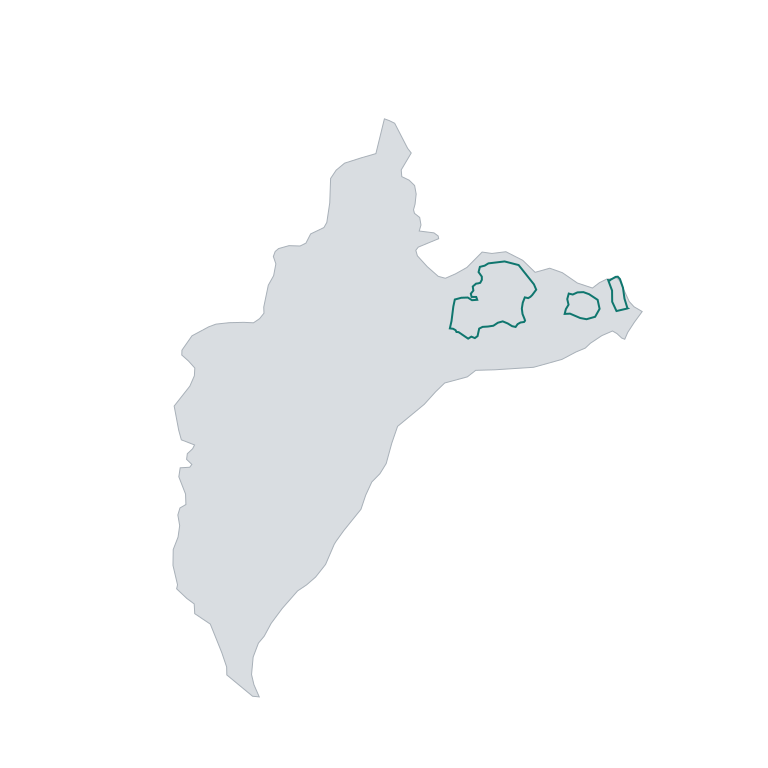 Comrat highlighted on a map of Moldova, rotated 249°
{"feature_id": "MDA-1626", "entity_name": "Comrat", "entity_type": "Autonomous Territory", "adm_level": 1, "iso_a3": "MDA", "parent_name": "Moldova", "parent_adm1": "", "projection": "robinson", "projection_center": [28.549, 46.002], "detail": "fine", "context": "in_parent", "style": "outline", "palette": "teal", "viewbox_px": 768, "rotation_deg": 249, "n_neighbors": 0, "source": "natural_earth", "source_scale": "10m", "svg_char_len": 3110}
<svg xmlns="http://www.w3.org/2000/svg" viewBox="0 0 768 768"><g transform="rotate(249 384 384)"><path d="M136.6,155.4L139.6,149.4L168.7,133.0L176.2,135.7L191.3,136.3L222.1,135.8L237.4,125.0L246.7,128.0L254.4,123.1L267.1,117.0L269.0,118.3L270.6,119.3L290.3,122.0L305.0,127.9L314.9,136.9L325.0,142.5L335.6,144.6L341.4,149.1L342.5,155.9L352.4,159.3L370.9,159.2L378.8,163.7L375.9,172.8L377.8,175.8L384.4,172.7L389.4,175.4L392.1,182.1L395.0,185.3L404.5,174.8L414.5,175.8L438.6,180.2L451.6,202.0L459.6,209.9L466.7,213.1L475.6,209.7L483.5,205.6L488.0,207.5L497.8,222.0L500.2,241.0L500.1,248.6L496.7,261.5L491.8,275.2L487.9,284.1L489.6,291.3L493.1,297.3L498.9,299.3L517.7,311.4L524.7,319.8L534.9,326.1L542.7,326.4L546.7,329.9L548.2,334.1L547.2,344.9L542.9,355.1L543.5,361.6L550.4,369.3L551.1,378.2L551.6,384.0L555.3,388.5L572.6,398.3L595.0,407.8L600.8,416.0L604.3,426.4L603.3,443.8L602.0,459.0L631.4,479.4L628.1,483.2L623.6,487.4L595.6,490.5L589.9,492.2L577.7,476.8L571.2,474.9L565.3,480.5L558.3,483.7L549.8,482.1L540.7,477.4L536.1,474.0L532.4,473.6L526.7,477.0L519.2,475.5L514.2,471.7L507.2,484.8L502.8,487.6L500.1,487.1L499.5,465.0L497.4,461.6L491.7,461.1L478.1,466.4L465.1,473.2L460.7,479.2L461.2,490.2L463.1,503.2L472.0,522.9L467.2,531.5L463.8,545.2L449.8,557.8L434.1,565.1L432.7,580.2L424.0,590.4L409.0,600.7L398.9,613.0L401.4,621.5L402.1,629.5L400.3,634.9L399.9,639.1L396.0,641.0L373.0,642.5L366.5,645.1L359.1,651.0L351.9,639.8L344.8,630.0L339.5,624.8L341.7,622.4L347.5,619.6L351.6,616.3L351.1,604.7L348.1,591.3L345.4,584.8L345.1,574.7L343.2,558.9L346.0,529.6L357.5,492.7L363.9,474.5L360.8,464.4L363.2,441.0L358.3,429.5L350.6,414.3L339.6,381.5L325.9,370.0L308.9,357.5L301.7,348.0L296.9,337.5L286.8,327.1L275.3,317.6L261.5,293.8L254.4,283.0L252.2,280.1L236.5,264.8L228.3,251.0L224.2,239.7L221.8,229.2L210.9,208.5L201.0,192.9L191.5,181.8L187.1,173.9L176.0,164.0L160.2,156.2L149.9,154.8L136.6,155.4Z" fill="#d9dde1" stroke="#a8b0b8" stroke-width="1"/><path d="M412.3,465.4L418.6,469.6L431.5,476.5L437.5,480.4L436.8,487.1L434.7,493.2L430.7,496.2L429.2,501.2L432.2,501.3L433.9,497.0L437.2,497.4L439.2,500.9L443.2,501.8L444.7,505.9L444.2,508.0L444.0,510.1L446.2,512.7L449.2,513.8L454.6,512.4L459.0,515.5L458.4,520.4L459.2,524.7L455.2,540.5L446.8,552.3L423.3,559.7L417.5,559.9L413.9,554.2L412.9,551.9L412.5,549.4L414.4,546.5L410.2,542.7L405.0,539.7L399.7,538.4L394.2,538.5L392.6,538.4L391.7,537.0L392.5,533.5L392.0,530.2L390.1,527.3L392.1,524.3L396.2,521.2L399.9,517.3L400.4,512.3L399.2,507.0L400.4,501.6L402.0,496.5L401.6,492.7L395.2,488.5L394.3,485.3L396.9,482.5L396.2,478.8L405.7,472.2L406.6,470.3L408.6,470.1L410.8,468.3L412.3,465.4ZM386.0,613.6L376.9,612.2L371.1,605.2L371.9,596.3L375.3,590.8L383.0,582.9L384.7,577.8L388.7,580.6L391.9,584.7L397.6,585.5L402.2,588.9L399.9,592.3L400.2,597.4L398.3,603.1L394.4,607.6L386.0,613.6ZM400.6,630.6L399.8,631.9L399.8,632.3L400.1,632.6L401.0,638.6L400.4,640.7L397.4,641.9L388.2,641.6L377.5,639.1L367.4,638.4L367.3,638.5L367.3,638.4L367.5,636.6L368.8,627.2L379.0,626.5L389.5,630.4L400.3,630.5L400.5,630.6L400.6,630.6Z" fill="none" stroke="#0f766e" stroke-width="2"/></g></svg>